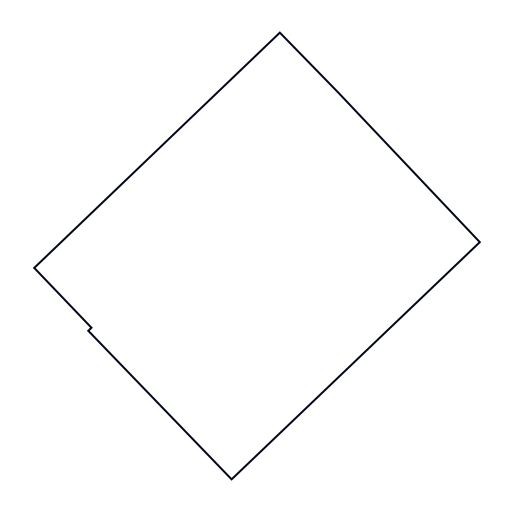 Woodson, Kansas, United States of America (Robinson projection), rotated 136°
{"feature_id": "52423323B96527043056264", "entity_name": "Woodson", "entity_type": "district", "adm_level": 2, "iso_a3": "USA", "parent_name": "United States of America", "parent_adm1": "Kansas", "projection": "robinson", "projection_center": [-95.741, 37.886], "detail": "fine", "context": "isolated", "style": "outline", "palette": "ink", "viewbox_px": 512, "rotation_deg": 136, "n_neighbors": 0, "source": "geoboundaries", "source_scale": "gbopen_adm2", "svg_char_len": 258}
<svg xmlns="http://www.w3.org/2000/svg" viewBox="0 0 512 512"><g transform="rotate(136 256 256)"><path d="M83.7,400.1L423.8,401.5L424.2,318.7L428.6,318.7L428.7,112.3L85.4,110.5L83.3,317.0L83.7,400.1Z" fill="none" stroke="#020617" stroke-width="2"/></g></svg>